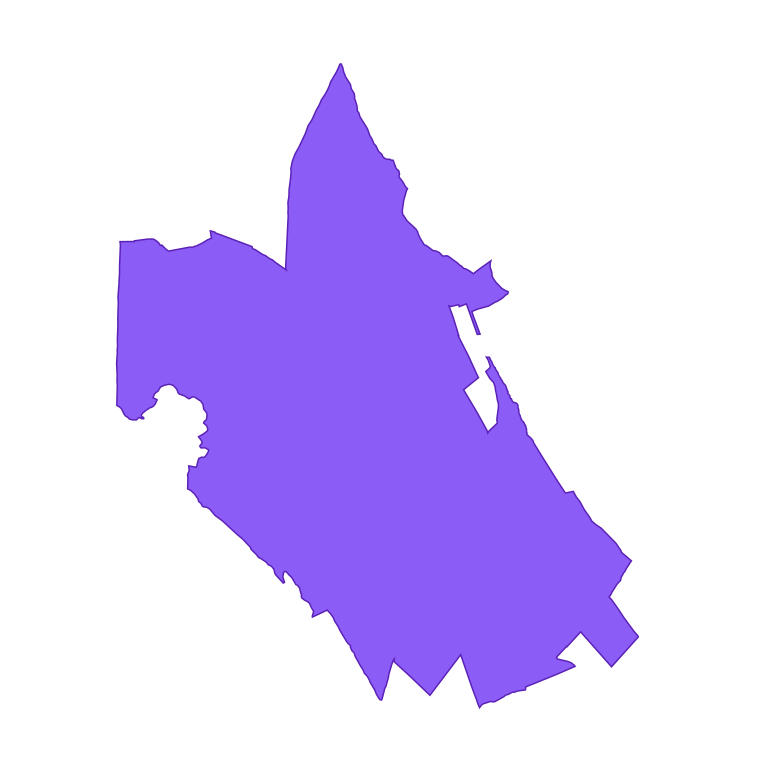 Prajeni, Botosani, Romania, rotated 185°
{"feature_id": "2599482B83744359895474", "entity_name": "Prajeni", "entity_type": "district", "adm_level": 2, "iso_a3": "ROU", "parent_name": "Romania", "parent_adm1": "Botosani", "projection": "orthographic", "projection_center": [27.028, 47.48], "detail": "fine", "context": "isolated", "style": "filled", "palette": "violet", "viewbox_px": 768, "rotation_deg": 185, "n_neighbors": 0, "source": "geoboundaries", "source_scale": "gbopen_adm2", "svg_char_len": 6135}
<svg xmlns="http://www.w3.org/2000/svg" viewBox="0 0 768 768"><g transform="rotate(185 384 384)"><path d="M108.6,154.2L109.1,155.2L113.6,159.6L124.6,172.1L130.9,180.1L138.4,188.9L141.2,191.5L139.5,194.3L138.7,196.6L134.4,204.9L131.2,209.0L130.9,212.1L129.7,214.5L128.9,216.8L128.0,217.7L126.2,221.9L122.1,229.4L132.8,237.0L133.1,237.4L133.2,238.4L139.1,245.6L153.2,257.7L154.8,259.1L160.9,262.5L165.1,265.6L167.5,269.2L173.6,276.4L178.4,283.7L182.4,288.0L186.1,293.5L193.8,291.2L202.3,301.9L218.6,323.4L229.7,338.3L230.7,340.6L232.6,342.6L237.4,346.2L237.2,347.6L237.7,348.2L238.1,351.6L238.6,352.4L239.0,354.3L241.3,357.5L241.3,357.9L243.5,359.8L245.3,363.1L245.5,364.2L246.9,366.3L247.6,370.3L248.6,372.6L248.6,373.9L248.8,374.6L250.0,376.2L251.8,376.9L253.8,377.1L255.0,378.5L255.8,380.4L257.1,380.7L257.3,382.5L258.7,384.6L259.9,385.4L259.7,387.0L260.6,388.0L260.7,388.8L261.2,389.2L261.6,390.7L262.9,393.3L265.8,395.9L266.3,397.3L267.9,399.0L268.3,400.1L269.7,401.5L271.0,403.7L271.4,405.1L273.9,408.1L274.6,409.8L275.2,410.1L277.1,412.5L278.6,415.5L280.5,418.2L280.8,419.0L281.4,419.8L284.4,419.7L282.3,416.9L279.9,411.5L279.7,410.6L280.3,408.9L283.7,405.3L279.2,398.9L274.8,394.8L273.0,390.6L272.2,386.8L271.3,384.4L269.7,377.9L269.1,376.5L268.2,373.5L268.0,370.2L268.5,359.9L268.4,357.5L267.8,355.5L267.9,354.7L275.4,346.2L276.3,344.2L277.4,346.8L288.4,363.2L304.2,385.2L290.4,398.6L290.9,399.2L302.2,419.1L314.3,438.5L313.7,438.6L321.0,456.7L326.0,467.3L325.1,466.9L323.7,467.2L316.5,469.5L315.8,467.6L308.9,471.0L295.4,441.5L292.6,442.0L301.1,459.8L302.8,463.9L297.2,466.8L286.7,470.7L280.1,475.4L278.8,475.9L273.7,479.7L270.7,483.0L268.6,484.6L268.3,485.8L268.5,486.9L270.7,487.4L275.1,489.6L281.6,495.3L285.0,499.5L285.8,501.5L286.4,504.9L288.5,509.7L288.7,513.6L288.3,516.0L299.2,506.7L304.6,501.7L309.0,504.3L313.0,505.9L314.6,506.0L317.1,508.2L319.1,509.1L321.1,510.8L331.0,516.8L332.5,517.2L336.1,516.6L336.8,516.8L340.4,519.8L343.7,521.0L346.8,521.2L354.0,525.7L355.5,525.9L356.6,526.9L360.7,532.4L363.2,536.8L363.7,538.5L365.9,541.3L375.3,548.6L379.0,553.4L380.1,554.4L380.9,558.2L380.3,568.9L378.5,578.4L377.6,580.6L379.8,582.5L383.2,587.4L386.6,591.0L387.1,592.0L387.2,593.1L386.8,594.1L387.6,597.1L388.1,597.9L389.8,598.9L390.5,599.9L391.5,600.7L391.5,601.8L392.8,604.1L394.2,607.4L394.6,607.8L395.9,607.4L397.3,608.3L401.0,608.2L403.3,609.0L405.5,611.0L405.8,612.1L406.4,612.8L409.7,615.3L412.8,620.6L415.0,622.5L417.3,627.0L419.7,630.2L422.8,636.9L431.2,648.1L432.8,652.1L434.4,653.8L434.9,657.4L435.5,659.7L438.4,666.5L438.2,667.7L439.1,670.9L442.4,675.4L443.5,679.4L449.5,687.3L449.8,688.6L450.7,689.9L451.5,691.9L452.7,695.7L454.5,699.1L455.5,699.0L456.0,698.4L456.9,695.2L458.6,690.6L463.5,680.3L464.4,676.5L465.6,672.9L467.6,668.1L471.3,661.2L472.5,657.2L475.7,649.9L478.7,641.2L482.1,634.7L484.1,626.9L489.2,613.1L492.7,605.3L494.7,598.0L495.6,590.4L495.1,587.6L495.0,581.6L495.5,569.5L495.1,563.1L495.5,556.2L494.8,550.8L494.6,546.1L494.1,543.3L492.1,490.8L491.4,489.1L503.3,496.0L505.7,497.8L509.5,499.2L512.9,501.4L516.1,502.4L524.1,506.7L526.5,507.2L527.5,509.4L565.4,519.9L565.6,520.5L570.4,521.5L568.6,514.2L572.4,512.2L577.1,508.7L583.2,505.0L585.0,504.5L586.4,503.6L589.5,503.4L610.3,497.6L613.4,499.6L617.3,503.0L618.9,502.6L621.1,505.4L625.1,507.8L626.9,508.3L631.9,507.8L645.1,504.9L645.1,504.2L659.4,502.8L658.7,499.4L657.7,478.0L657.0,469.4L657.1,467.7L656.9,466.0L657.1,464.3L656.8,462.7L656.6,447.5L655.8,442.1L654.9,426.3L654.2,419.4L653.5,405.1L652.7,397.9L652.8,394.5L652.4,391.9L652.2,381.3L650.7,370.6L650.1,362.2L649.6,359.9L648.3,339.3L645.6,338.1L643.4,336.5L640.1,331.0L638.4,329.4L636.0,328.2L634.6,326.9L631.2,326.3L627.7,326.6L626.7,327.4L625.9,328.8L624.5,329.2L622.3,328.3L620.4,328.5L620.3,329.2L621.3,330.1L622.2,329.9L622.7,330.5L623.0,331.8L622.6,332.8L621.7,334.2L617.8,337.9L616.3,338.8L615.7,339.6L613.2,340.7L611.8,341.8L610.1,344.1L609.4,346.5L608.7,347.9L608.7,348.5L609.0,348.8L612.5,349.9L612.8,350.4L611.8,353.8L610.5,355.6L608.6,357.0L606.4,361.5L602.9,363.5L598.6,364.9L596.7,364.9L594.3,364.4L591.9,362.7L589.6,360.1L588.3,357.1L586.9,356.1L581.3,354.6L577.8,352.5L576.6,352.4L574.5,354.0L572.9,354.6L571.6,354.5L565.0,350.9L562.6,348.0L561.4,343.2L558.8,340.5L557.7,338.8L557.6,334.9L558.0,332.8L558.5,332.1L559.5,331.5L560.2,330.2L560.2,329.2L557.5,327.4L556.2,325.5L555.6,323.0L555.9,322.0L557.1,320.7L559.4,318.6L564.2,315.3L560.9,311.6L560.2,310.3L560.2,309.1L562.1,306.3L561.6,305.2L560.7,304.4L556.5,304.8L552.9,303.0L553.1,301.3L555.0,297.4L556.5,295.5L558.2,295.1L559.2,295.3L562.0,293.7L563.0,288.9L563.2,286.5L563.8,284.7L571.4,285.4L570.5,280.7L571.8,276.7L571.1,273.0L570.5,262.4L567.4,261.2L563.1,257.9L559.4,253.5L558.3,250.7L556.1,249.2L554.3,246.5L553.2,245.9L549.9,245.8L546.7,244.2L540.8,238.3L533.1,233.6L516.6,220.9L511.4,217.3L502.8,209.6L502.0,207.7L496.6,203.3L493.9,200.3L491.1,199.2L485.7,196.2L483.6,193.9L480.2,192.6L477.5,189.8L476.2,185.8L475.2,184.4L467.0,176.9L465.8,177.7L468.0,183.0L467.6,186.7L467.2,188.1L466.8,188.6L465.1,188.4L464.4,187.9L462.1,185.6L458.9,183.1L454.4,176.6L452.5,175.8L450.4,173.4L448.6,168.3L447.9,167.4L447.8,164.9L447.2,163.6L444.2,161.7L440.7,160.3L438.9,158.7L436.8,154.8L434.4,151.6L434.3,151.0L435.2,146.6L435.0,145.6L420.7,153.9L419.5,152.4L417.8,151.1L414.2,146.9L412.4,143.4L408.7,138.6L406.4,134.7L399.0,124.4L396.8,122.0L394.8,120.8L394.4,118.7L393.0,116.0L392.1,114.8L390.4,113.8L389.1,110.4L382.8,101.0L379.8,97.2L378.4,94.2L375.2,91.4L372.6,87.4L371.8,85.6L366.4,78.1L364.4,74.1L361.3,69.9L360.2,69.1L359.2,68.9L358.7,69.2L358.4,70.4L356.7,80.8L355.7,83.0L354.1,91.8L353.8,95.6L351.6,106.4L350.7,109.6L349.8,110.9L349.9,108.8L349.5,108.1L333.5,95.8L311.1,77.9L284.0,121.0L269.9,89.3L264.4,77.8L263.0,74.4L260.6,69.9L258.4,73.3L257.1,74.1L250.1,77.1L248.0,76.8L245.9,77.2L237.7,82.7L235.7,84.6L232.6,85.9L229.6,88.0L226.7,88.5L224.5,89.7L216.4,91.6L216.4,94.5L216.2,94.7L185.9,110.2L169.0,119.4L170.2,120.6L173.3,122.6L176.6,123.6L187.6,125.2L187.7,126.0L188.3,126.9L179.3,138.4L178.9,138.1L166.5,154.2L132.7,122.1L108.6,154.2Z" fill="#8b5cf6" stroke="#5b21b6" stroke-width="1.5"/></g></svg>